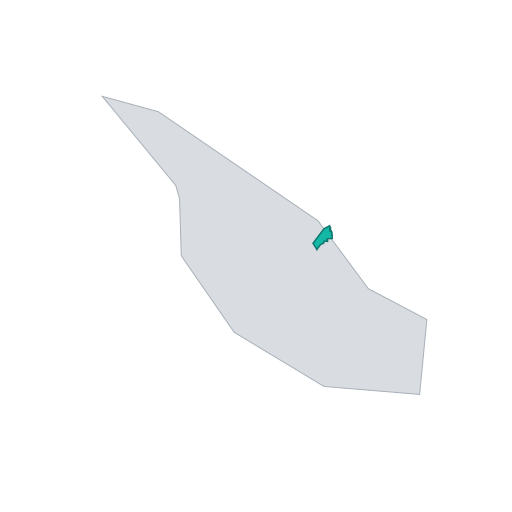 location of Negerubesang, Melekeok, Palau, rotated 295°
{"feature_id": "81905179B88331309358666", "entity_name": "Negerubesang", "entity_type": "district", "adm_level": 2, "iso_a3": "PLW", "parent_name": "Palau", "parent_adm1": "Melekeok", "projection": "albers", "projection_center": [134.627, 7.491], "detail": "fine", "context": "in_parent", "style": "filled", "palette": "teal", "viewbox_px": 512, "rotation_deg": 295, "n_neighbors": 0, "source": "geoboundaries", "source_scale": "gbopen_adm2", "svg_char_len": 1528}
<svg xmlns="http://www.w3.org/2000/svg" viewBox="0 0 512 512"><g transform="rotate(295 256 256)"><path d="M270.6,437.7L199.7,462.8L166.5,372.8L177.6,268.5L224.6,188.2L275.6,162.5L286.1,153.4L335.7,49.2L345.5,106.6L314.1,297.3L273.9,371.5L270.6,437.7Z" fill="#d9dde1" stroke="#a8b0b8" stroke-width="1"/><path d="M307.1,305.6L291.6,302.3L287.7,308.4L287.6,308.5L289.1,308.7L290.9,309.1L293.3,309.6L295.8,311.3L296.0,311.9L296.8,311.7L298.1,311.4L298.6,312.3L299.2,313.9L299.3,314.4L299.6,314.7L300.4,314.2L300.9,313.2L301.3,313.0L302.0,314.0L302.6,314.8L304.1,317.7L304.4,317.6L304.6,317.5L304.7,317.4L304.8,317.4L305.0,317.3L305.2,317.1L305.3,317.1L305.7,316.9L306.0,316.7L306.3,316.6L306.6,316.3L306.8,316.3L306.9,316.2L306.9,316.4L307.0,316.4L307.0,316.1L307.1,315.8L307.3,315.7L307.3,315.8L307.4,315.6L307.5,315.7L307.9,315.6L308.0,315.2L308.5,315.2L308.7,315.3L308.8,315.2L309.3,315.0L309.6,314.7L309.8,314.5L309.9,314.3L310.0,314.2L309.9,313.9L310.1,313.8L310.2,313.6L310.3,313.5L310.4,313.3L310.3,313.1L310.2,313.0L310.2,312.8L310.1,312.7L310.4,312.7L310.5,312.6L310.6,312.4L310.7,312.5L310.7,312.3L310.8,312.3L311.0,312.6L311.3,312.5L311.4,312.4L311.2,312.1L311.3,311.8L311.4,311.6L311.5,311.6L311.8,311.7L311.8,311.4L312.0,311.5L312.1,311.4L312.2,311.2L312.3,311.2L312.6,311.3L312.6,311.6L312.8,311.8L313.0,311.7L313.3,311.5L313.3,311.4L313.3,311.2L313.6,310.8L313.7,310.6L313.8,310.4L313.9,310.5L314.1,310.2L314.3,310.0L314.5,309.9L309.4,306.1L307.1,305.6Z" fill="#14b8a6" stroke="#0f766e" stroke-width="1.5"/></g></svg>